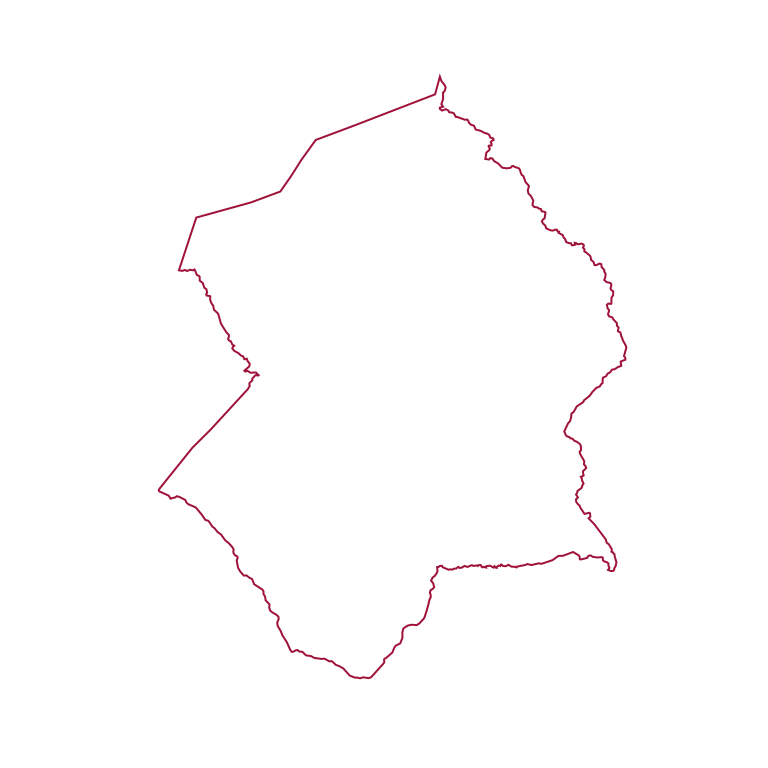 Samburu East, Rift Valley, Kenya, rotated 252°
{"feature_id": "3690345B82723098757823", "entity_name": "Samburu East", "entity_type": "district", "adm_level": 2, "iso_a3": "KEN", "parent_name": "Kenya", "parent_adm1": "Rift Valley", "projection": "orthographic", "projection_center": [37.446, 1.109], "detail": "fine", "context": "isolated", "style": "outline", "palette": "rose", "viewbox_px": 768, "rotation_deg": 252, "n_neighbors": 0, "source": "geoboundaries", "source_scale": "gbopen_adm2", "svg_char_len": 6154}
<svg xmlns="http://www.w3.org/2000/svg" viewBox="0 0 768 768"><g transform="rotate(252 384 384)"><path d="M659.0,532.1L643.7,522.1L639.1,437.4L637.2,394.5L622.7,374.7L610.2,359.6L599.1,344.9L597.8,313.4L600.3,256.9L555.5,224.1L553.9,227.1L554.0,229.9L552.3,231.6L552.6,234.8L551.1,237.5L551.5,239.1L550.7,239.4L545.6,239.7L544.0,241.4L542.9,241.8L539.2,240.7L536.0,242.9L531.2,242.8L529.0,244.4L525.6,244.0L524.2,242.6L523.1,242.5L521.2,245.8L517.5,244.7L514.3,244.8L511.0,245.8L507.3,245.2L502.1,248.0L491.7,247.6L482.4,249.9L478.5,251.6L477.3,251.3L475.0,249.6L473.1,250.2L472.0,251.5L468.2,252.0L466.7,253.4L465.4,251.2L464.6,250.7L461.7,251.9L458.3,255.1L455.2,256.8L453.7,258.6L450.9,258.8L450.5,259.1L450.5,261.3L447.9,261.4L445.0,262.5L443.7,262.2L442.2,261.0L439.8,255.3L438.8,255.8L438.6,258.3L435.9,260.6L434.6,265.7L431.1,267.5L430.9,267.0L432.1,264.6L431.5,263.3L429.7,260.3L428.2,260.0L426.5,256.4L425.6,255.9L423.8,255.8L421.2,252.9L394.3,205.2L382.6,182.1L354.3,138.9L352.8,137.0L352.1,137.0L351.2,137.2L344.4,144.7L340.8,145.6L341.0,147.8L340.6,150.1L341.3,152.3L339.8,154.5L335.1,159.2L332.3,159.5L330.3,160.6L324.8,166.8L316.4,170.2L309.9,172.1L308.4,174.4L307.2,175.1L301.8,176.5L298.9,178.4L294.8,179.9L291.2,182.5L284.4,184.7L280.4,187.3L275.8,189.3L273.1,189.9L271.2,188.9L269.2,188.7L267.0,189.5L265.5,191.1L263.9,191.2L261.8,189.4L254.5,188.4L250.5,189.2L245.2,191.4L244.4,194.1L241.2,196.2L239.3,198.3L233.7,198.6L226.0,204.9L224.0,205.3L221.6,204.5L218.7,205.2L214.7,204.6L209.8,207.0L206.7,205.7L203.7,205.7L201.3,207.2L197.7,210.4L195.3,211.7L193.0,211.2L190.2,208.8L187.0,208.1L181.1,209.4L176.4,209.7L168.4,211.8L160.0,212.7L157.8,213.4L157.4,215.1L158.0,218.0L157.7,219.5L155.8,220.7L154.5,223.6L150.1,225.9L147.7,230.6L145.0,233.1L141.8,239.7L141.2,242.5L136.9,246.6L136.9,247.9L136.2,249.0L131.7,251.4L129.7,254.1L126.0,257.4L117.3,261.3L113.8,265.5L112.9,268.2L111.5,270.3L111.5,273.5L109.0,278.5L109.1,281.2L118.5,297.4L119.5,298.4L121.9,298.9L122.5,299.6L122.8,301.4L126.0,308.9L129.9,312.2L131.5,314.2L132.3,319.3L136.9,323.1L142.3,324.8L145.2,326.7L145.9,327.8L146.9,332.2L146.5,335.9L144.6,340.6L145.3,343.5L148.6,349.4L150.1,350.9L159.0,357.1L164.7,360.5L166.9,362.6L169.5,363.3L171.0,363.0L173.0,364.2L173.7,364.9L173.9,366.7L175.2,368.9L179.2,369.2L182.4,368.0L184.9,370.4L185.9,373.2L188.0,375.8L189.4,377.0L193.5,378.0L193.1,379.3L193.7,380.9L193.2,382.9L191.6,383.2L187.3,388.2L187.4,389.4L186.4,391.6L186.7,393.6L186.2,395.7L187.2,398.1L185.7,399.0L185.3,401.5L186.1,404.3L184.2,406.9L184.6,411.1L184.2,412.1L183.5,412.5L182.7,416.2L181.9,416.9L182.5,417.7L182.0,420.0L179.6,420.5L179.1,421.2L179.3,422.3L177.9,424.4L178.9,424.5L179.1,425.2L178.4,428.7L175.5,431.5L176.6,432.8L174.8,433.5L174.3,434.4L175.1,434.7L175.6,436.0L175.8,437.3L175.0,438.3L176.1,439.4L175.8,440.1L174.1,441.0L173.3,442.9L173.1,444.2L173.7,446.4L170.9,448.8L169.7,452.0L168.6,453.4L169.2,454.2L168.2,462.8L168.5,464.7L166.3,468.1L165.6,475.8L164.3,478.2L164.4,489.8L166.6,496.9L165.3,501.1L165.8,511.9L160.8,516.3L159.3,516.6L156.8,516.1L156.3,517.0L155.8,523.4L157.2,525.0L157.4,526.4L157.0,527.7L155.0,529.3L153.2,533.0L152.1,537.4L151.3,538.4L148.6,537.8L147.2,538.7L145.5,541.0L143.9,542.0L141.8,541.3L139.6,541.6L137.9,539.6L135.9,542.3L135.4,544.4L136.2,545.5L137.4,545.9L139.2,548.0L142.7,550.0L148.4,550.1L151.1,550.6L152.0,549.8L153.0,549.9L154.2,548.5L156.4,549.6L162.1,548.3L164.1,546.8L167.7,546.9L185.9,540.6L193.0,537.1L194.0,539.2L197.3,540.0L198.1,539.5L198.5,534.5L205.7,532.5L208.0,532.4L209.4,531.4L212.5,530.4L214.9,530.9L216.2,533.4L219.5,532.5L220.8,534.0L222.5,535.0L224.2,540.0L226.2,541.2L227.6,543.0L231.2,542.6L233.2,542.9L234.8,542.5L235.3,545.6L238.6,545.9L239.9,546.6L240.4,548.3L241.7,550.3L244.0,550.3L244.8,549.6L246.0,549.4L248.7,550.6L257.5,548.8L259.4,549.3L259.8,550.6L260.4,551.0L263.9,552.0L266.1,551.9L269.3,549.7L271.3,547.4L273.6,546.5L274.6,544.7L276.2,543.9L277.9,541.7L279.2,541.1L283.2,540.8L289.8,547.0L291.2,549.5L294.9,551.9L297.9,553.1L298.8,555.7L303.1,560.4L305.3,568.0L306.7,569.2L309.2,575.9L312.1,579.8L314.7,584.8L315.0,588.4L316.8,590.6L317.4,592.2L321.4,593.6L322.4,594.4L322.8,597.7L324.8,600.0L325.3,602.8L327.2,605.3L326.8,608.0L327.8,611.6L327.9,615.2L332.2,616.0L332.5,621.0L333.9,621.6L336.4,620.9L343.7,625.7L345.3,625.9L352.2,624.6L354.3,624.8L356.1,624.4L359.8,624.8L361.9,622.8L365.3,624.6L367.4,623.5L369.8,624.3L374.7,622.1L376.8,621.7L378.9,618.9L381.1,618.6L384.2,620.7L385.4,620.8L386.3,620.1L390.4,620.4L391.2,622.2L390.0,624.6L390.2,625.1L395.6,626.9L397.8,629.4L401.3,630.6L403.2,629.2L404.8,628.9L407.2,630.5L409.0,631.0L410.2,630.4L412.1,627.2L414.9,625.6L417.6,627.7L420.5,628.8L423.1,628.2L424.4,628.8L427.9,627.1L430.8,627.7L431.9,626.4L431.5,622.5L432.0,621.0L435.2,621.0L438.2,619.3L441.1,619.8L442.4,619.5L446.9,616.7L448.1,615.5L450.3,616.3L452.2,615.3L453.8,616.9L455.0,616.8L456.5,615.2L456.9,611.7L458.9,610.0L459.3,609.0L457.4,609.0L457.5,606.6L458.0,605.5L460.0,605.4L460.9,603.2L462.8,601.1L465.9,601.1L467.9,600.1L470.4,600.0L473.9,596.7L474.8,597.5L475.6,596.3L477.2,596.1L477.9,594.8L477.7,592.0L478.8,589.7L482.0,586.3L484.7,586.4L487.6,584.8L489.9,584.4L491.3,585.9L491.9,587.9L497.2,590.6L498.3,589.8L499.5,587.4L502.0,587.3L502.8,585.6L504.4,584.7L505.9,581.6L508.1,580.6L508.9,580.7L512.3,582.7L517.4,581.8L520.4,580.3L523.6,580.5L527.6,583.1L532.3,581.0L538.4,580.9L540.4,579.6L541.8,579.4L546.3,579.4L547.8,578.6L549.6,575.9L551.4,574.2L551.7,573.2L550.6,571.4L550.6,570.4L551.2,567.3L553.2,563.3L558.5,560.7L561.8,557.7L564.9,556.8L566.0,555.0L565.0,553.4L566.7,549.9L572.5,552.9L573.9,556.3L575.1,557.4L577.8,556.9L578.3,557.7L577.6,559.9L579.3,560.6L580.9,560.2L581.9,561.5L582.1,563.6L583.7,563.8L585.6,561.2L588.2,561.1L590.2,559.7L591.2,557.8L595.0,554.0L597.7,549.8L601.8,549.4L604.0,546.6L606.1,545.6L608.7,545.4L609.9,544.6L610.3,542.6L615.4,536.1L615.9,534.8L619.8,534.1L621.0,532.8L622.3,530.0L624.4,529.6L626.3,527.6L626.1,523.7L628.4,522.1L629.6,522.5L629.5,525.9L632.4,525.0L636.6,528.2L642.9,530.2L643.8,532.1L646.8,534.2L649.5,534.1L654.4,532.2L659.0,532.1Z" fill="none" stroke="#9f1239" stroke-width="2"/></g></svg>